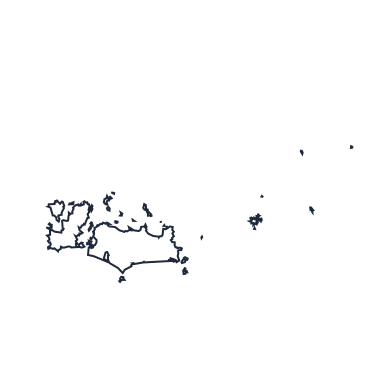 Flinders (Tas.), Tasmania, Australia, rotated 125°
{"feature_id": "25037944B15550630319657", "entity_name": "Flinders (Tas.)", "entity_type": "district", "adm_level": 2, "iso_a3": "AUS", "parent_name": "Australia", "parent_adm1": "Tasmania", "projection": "orthographic", "projection_center": [148.029, -39.899], "detail": "fine", "context": "isolated", "style": "outline", "palette": "slate", "viewbox_px": 384, "rotation_deg": 125, "n_neighbors": 0, "source": "geoboundaries", "source_scale": "gbopen_adm2", "svg_char_len": 6164}
<svg xmlns="http://www.w3.org/2000/svg" viewBox="0 0 384 384"><g transform="rotate(125 192 192)"><path d="M234.3,186.5L231.8,187.7L232.9,190.3L237.5,192.1L238.7,194.4L244.0,191.5L245.6,191.5L246.7,192.9L247.9,193.0L247.5,193.3L250.3,198.6L251.2,203.9L250.1,207.6L248.7,207.8L248.0,209.7L246.7,209.2L245.4,211.5L247.3,211.1L249.8,213.6L252.5,212.5L254.5,213.2L256.7,217.5L257.0,223.5L258.3,221.8L257.2,220.8L258.2,219.7L259.0,221.5L261.3,222.4L262.3,224.4L263.5,224.5L265.0,229.5L264.8,234.9L267.7,240.2L267.5,242.0L266.2,242.3L265.6,241.4L265.7,243.7L266.2,244.5L267.5,244.3L268.2,247.4L269.9,247.2L270.6,248.8L272.7,249.1L273.4,250.5L273.8,250.5L274.1,249.5L274.6,249.2L274.1,249.6L277.4,251.3L278.4,250.2L280.7,250.0L280.9,249.8L281.0,249.3L281.3,249.1L281.5,249.9L283.0,247.9L285.1,247.5L286.1,242.6L288.2,241.3L291.1,241.0L292.1,241.9L294.1,241.2L295.7,242.3L295.6,244.5L297.0,244.6L303.2,241.1L300.9,235.5L297.6,220.6L296.9,220.6L297.2,225.6L296.6,226.3L291.1,228.1L289.8,227.0L291.6,223.9L292.6,224.3L295.8,221.7L295.3,222.3L295.4,222.2L296.4,220.9L297.5,218.6L296.7,209.1L298.1,202.2L294.3,202.5L287.6,199.0L286.8,199.8L284.5,199.4L284.2,200.1L284.2,199.6L283.6,199.0L283.5,198.6L284.3,199.5L284.2,198.7L285.3,199.2L277.8,191.6L276.9,191.5L275.8,191.0L277.6,191.4L260.8,170.0L257.8,164.8L258.0,166.6L258.4,166.5L258.6,166.6L258.0,166.8L261.5,172.6L258.6,169.4L259.1,171.4L258.5,171.6L257.2,167.1L257.2,165.1L258.1,164.3L255.5,163.1L252.7,167.0L250.0,168.0L248.4,169.7L247.0,169.3L245.8,167.5L244.0,168.0L244.4,169.9L246.5,171.8L246.0,172.8L246.7,173.8L245.8,175.5L243.1,177.3L244.4,179.5L243.5,181.8L241.8,181.1L241.1,182.0L238.6,181.5L237.3,184.3L235.0,184.1L234.3,186.5ZM264.2,273.5L266.8,275.3L265.6,276.2L267.8,276.5L268.2,277.3L267.5,278.1L269.9,279.9L273.1,280.5L273.7,279.4L276.4,279.0L278.1,277.7L279.8,279.4L279.6,281.0L280.9,280.0L279.9,279.1L282.5,279.4L286.4,277.1L287.7,278.2L288.8,281.2L290.1,281.9L295.8,277.2L295.8,276.0L297.3,275.9L298.2,276.9L300.2,275.7L303.3,281.8L303.4,284.6L305.1,286.2L308.4,283.7L310.8,285.7L311.2,283.1L312.8,281.4L314.8,281.9L315.4,279.9L314.7,279.2L315.6,277.9L317.2,277.3L319.9,278.3L321.0,277.1L319.0,275.8L318.2,273.0L317.0,272.4L317.4,267.8L316.5,268.3L314.1,266.9L312.0,268.0L311.8,267.2L312.4,267.0L310.9,264.8L307.6,262.1L306.5,260.1L306.7,259.1L302.7,254.1L302.8,255.5L301.1,257.4L300.0,257.4L299.0,259.0L296.9,258.6L295.0,262.0L295.0,261.2L292.5,260.6L292.2,259.5L290.5,260.4L290.0,259.0L288.2,258.3L287.8,262.2L285.9,264.4L285.9,263.5L284.9,262.6L282.8,263.1L281.8,262.2L280.2,262.3L280.1,261.2L273.5,262.8L272.3,261.8L270.0,264.8L267.3,264.7L266.0,266.5L262.8,267.6L261.1,269.3L261.7,270.5L260.6,271.8L261.4,272.4L261.3,274.8L262.3,275.2L264.2,273.5ZM276.6,288.7L274.2,292.3L274.6,293.2L277.3,293.2L277.1,294.6L276.6,294.5L277.1,294.9L276.4,297.7L278.0,298.8L278.6,297.8L279.7,298.4L280.7,297.7L284.2,302.3L285.8,301.2L286.6,301.7L285.9,299.1L291.1,292.6L290.3,291.4L290.7,288.7L292.5,286.9L292.7,284.2L290.2,285.0L288.6,287.8L287.8,287.9L285.4,285.7L283.6,287.0L278.5,287.7L278.0,289.0L276.6,288.7ZM178.6,125.8L178.9,128.8L179.8,129.3L180.4,128.6L180.3,126.9L181.6,126.7L182.9,128.0L182.6,126.1L183.7,125.4L182.2,123.9L184.0,122.7L181.8,122.2L181.5,120.4L180.4,120.6L179.9,121.8L179.1,120.9L177.7,123.4L178.1,124.2L177.0,124.6L177.3,126.0L177.9,125.3L178.6,125.8ZM243.2,254.2L242.8,256.3L245.2,257.0L244.0,259.3L246.2,258.6L248.2,259.6L251.1,258.2L251.6,255.8L250.9,254.1L249.3,256.1L247.5,256.4L246.6,255.1L245.2,255.4L243.2,254.2ZM235.4,211.9L234.7,211.5L233.9,212.3L232.9,217.1L231.8,218.4L232.3,219.9L229.2,222.3L229.3,224.2L233.0,222.8L233.7,220.9L233.3,218.6L235.4,215.3L236.7,214.5L235.3,212.8L235.4,211.9ZM298.5,248.8L297.4,252.5L296.5,252.5L296.9,253.7L299.8,254.4L301.3,253.2L301.6,253.2L301.9,253.5L302.0,253.5L300.6,250.2L298.5,248.8ZM249.0,157.4L249.4,160.3L250.7,160.8L251.8,159.8L252.6,160.7L255.6,160.3L256.0,159.5L253.6,157.6L251.1,158.2L250.4,157.0L249.0,157.4ZM173.2,123.9L171.7,125.3L174.0,124.5L174.7,125.4L175.9,124.1L175.8,122.5L176.5,122.4L176.0,121.5L177.1,121.2L176.4,120.0L176.7,118.6L174.9,118.8L174.7,120.0L173.2,119.7L174.7,120.4L175.7,122.5L174.3,123.6L172.9,123.2L173.2,123.9ZM258.5,153.3L258.5,154.2L261.5,154.1L264.0,151.8L262.6,150.4L261.1,151.0L260.5,149.9L259.8,151.0L260.8,152.4L258.5,153.3ZM301.1,199.3L302.0,201.3L304.4,201.2L305.0,200.0L302.7,196.9L302.1,199.0L301.1,199.3ZM291.6,247.3L293.8,248.7L295.0,248.0L293.8,246.2L290.3,246.0L291.0,248.3L291.6,247.3ZM252.2,252.1L254.1,252.4L255.1,250.8L254.6,248.9L252.7,250.0L252.2,252.1ZM265.5,263.5L263.2,263.7L261.8,265.4L260.6,265.5L260.4,266.5L264.5,265.3L265.5,263.5ZM304.2,287.1L303.2,286.5L302.3,287.6L303.4,288.2L304.6,291.0L304.2,287.1ZM137.4,82.2L136.4,85.7L136.9,86.3L138.8,84.5L138.0,83.9L138.5,82.9L137.4,82.2ZM270.3,284.5L271.3,284.2L271.8,285.7L272.6,285.5L270.1,282.3L268.4,283.2L270.3,284.5ZM278.8,255.4L282.2,255.1L282.8,254.2L279.7,254.0L278.8,255.4ZM301.0,287.0L299.3,288.1L300.0,289.2L299.4,290.7L300.5,290.9L301.0,287.0ZM275.8,254.9L274.5,256.5L274.6,257.1L276.1,257.2L276.7,255.1L275.8,254.9ZM251.7,236.0L249.7,236.7L249.7,238.6L250.8,237.2L252.5,237.4L251.7,236.0ZM95.3,125.6L95.7,126.4L96.4,126.1L97.6,123.5L96.2,124.0L95.3,125.6ZM259.4,238.6L261.0,237.3L260.6,236.0L259.6,235.5L259.0,236.0L259.9,237.5L259.4,238.6ZM238.2,254.8L236.8,255.5L237.6,255.5L238.6,257.9L238.2,254.8ZM63.8,86.2L63.0,86.6L63.3,87.9L64.7,87.1L63.8,86.2ZM292.5,244.1L293.7,244.5L294.5,244.1L293.8,243.1L292.7,243.2L292.5,244.1ZM287.1,247.6L287.6,248.9L288.7,248.4L288.4,247.3L287.1,247.6ZM249.5,223.9L248.8,222.8L248.8,224.6L249.5,223.9ZM306.9,199.4L305.9,199.3L305.5,199.9L306.7,200.4L306.9,199.4ZM222.8,158.3L223.8,158.3L224.3,157.7L223.1,157.8L222.8,158.3ZM234.4,193.3L235.3,192.6L234.9,192.4L234.4,193.3ZM186.2,119.2L185.5,120.2L186.6,120.0L186.2,119.2ZM236.0,195.8L235.6,194.9L235.0,195.7L236.0,195.8ZM139.1,82.1L139.2,82.9L139.6,81.7L139.1,82.1ZM235.1,199.9L234.2,200.4L233.8,201.0L235.1,199.9ZM155.2,132.5L155.9,132.4L155.5,131.6L155.3,131.6L155.2,132.5ZM300.2,256.0L300.0,256.6L300.8,256.5L300.2,256.0ZM276.6,253.8L276.0,254.4L276.9,253.9L276.6,253.8Z" fill="none" stroke="#1e293b" stroke-width="2"/></g></svg>